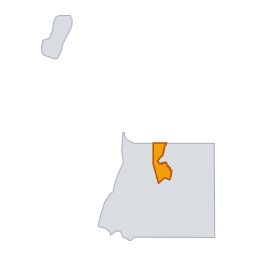 location of Nkimi, Centro Sur, Equatorial Guinea
{"feature_id": "11065452B74289865102960", "entity_name": "Nkimi", "entity_type": "district", "adm_level": 2, "iso_a3": "GNQ", "parent_name": "Equatorial Guinea", "parent_adm1": "Centro Sur", "projection": "equal_earth", "projection_center": [10.486, 1.923], "detail": "fine", "context": "in_parent", "style": "filled", "palette": "amber", "viewbox_px": 256, "rotation_deg": 0, "n_neighbors": 0, "source": "geoboundaries", "source_scale": "gbopen_adm2", "svg_char_len": 3502}
<svg xmlns="http://www.w3.org/2000/svg" viewBox="0 0 256 256"><path d="M214.3,143.4L214.3,162.1L214.4,177.8L214.5,194.9L214.6,212.7L214.6,227.7L214.7,237.5L202.4,237.4L186.2,237.3L169.9,237.3L153.7,237.2L145.5,237.1L136.5,237.1L133.6,237.6L131.7,240.1L129.3,240.6L126.5,238.5L123.1,237.5L122.2,235.4L120.5,231.4L117.2,231.0L115.5,231.4L113.1,233.7L110.4,234.9L110.9,233.0L105.5,228.2L101.7,227.7L98.1,226.2L101.0,213.6L104.6,202.4L110.0,193.9L112.9,191.9L113.8,187.7L118.0,173.9L123.3,162.7L121.7,151.4L122.9,132.4L124.5,132.9L124.7,134.7L125.1,137.4L127.1,139.7L133.6,143.4L153.2,143.4L164.9,143.4L182.1,143.4L200.4,143.4L214.3,143.4ZM59.4,15.4L60.8,15.7L69.8,15.4L72.2,19.6L71.9,25.9L62.7,44.2L61.0,51.9L57.4,58.4L54.3,58.9L43.7,55.1L42.0,52.8L41.3,49.6L42.4,42.3L43.1,40.1L48.2,38.7L49.9,37.6L52.6,29.7L53.5,22.6L55.8,17.2L59.4,15.4Z" fill="#d9dde1" stroke="#a8b0b8" stroke-width="1"/><path d="M166.1,162.9L166.0,163.0L165.9,163.0L165.7,163.0L165.7,162.9L165.6,162.6L165.5,162.3L165.4,162.3L165.2,162.5L164.9,162.5L164.8,162.4L164.7,162.3L164.3,162.6L164.2,162.6L164.0,162.8L163.9,162.7L163.7,162.7L163.4,162.6L163.0,163.0L162.9,163.0L162.7,163.1L162.6,163.3L162.5,163.2L162.4,163.2L162.2,163.1L161.9,163.0L161.7,163.2L161.6,163.4L161.6,163.5L161.5,163.4L161.4,163.3L161.2,163.2L160.9,163.2L160.8,163.3L160.7,163.4L160.5,163.6L160.5,163.8L160.4,163.8L160.2,163.8L159.9,163.9L159.8,163.7L159.7,163.7L159.6,163.4L159.4,163.2L159.0,162.9L158.8,162.8L158.6,162.7L158.4,162.5L158.4,162.4L158.4,162.2L158.3,161.9L158.2,161.8L157.9,161.7L157.3,161.3L157.5,161.0L157.7,160.8L157.8,160.7L158.3,160.0L158.5,159.7L158.8,159.4L159.1,159.1L159.1,158.9L159.3,158.8L159.3,158.6L159.6,158.3L159.8,158.2L160.0,157.9L160.2,157.6L160.3,157.4L160.5,157.3L160.5,157.2L160.8,157.0L160.9,156.9L161.0,156.8L161.1,156.7L161.3,156.5L161.4,156.4L161.5,156.3L161.7,156.2L161.8,156.1L162.0,156.1L162.1,155.9L162.2,155.7L162.3,155.5L162.5,155.5L162.6,155.4L162.7,155.1L162.7,154.9L162.6,154.7L162.7,154.4L162.7,154.2L162.8,154.1L163.1,154.0L163.2,153.9L163.2,153.7L163.1,153.3L163.1,153.2L163.1,152.9L163.1,152.7L163.3,152.6L163.4,152.4L163.5,152.2L163.4,152.1L163.4,151.9L163.4,151.6L163.5,151.4L163.5,151.2L163.8,151.1L164.0,151.0L164.1,148.3L164.5,147.9L164.6,147.2L164.6,146.5L164.7,146.0L164.9,145.6L165.3,145.2L165.7,144.8L166.2,144.1L166.4,143.6L166.5,143.5L166.5,143.0L153.2,143.0L153.2,164.0L158.5,183.2L164.6,177.7L164.7,177.8L169.5,179.8L169.6,179.7L169.7,179.4L169.8,179.3L169.8,179.1L169.9,178.9L170.0,178.7L170.2,178.1L170.4,177.6L170.5,177.5L170.6,177.4L170.6,177.1L170.7,176.9L170.7,176.7L170.8,176.3L170.9,176.1L171.0,175.9L171.0,175.6L171.1,175.3L171.2,175.0L171.0,174.3L171.0,174.2L171.0,173.9L171.2,173.7L171.3,173.6L171.4,173.2L171.2,173.0L171.2,172.9L171.3,172.7L171.3,172.2L171.3,171.8L171.4,171.6L171.5,171.4L171.7,171.2L171.8,170.9L171.9,170.7L171.7,170.4L171.4,170.4L171.2,170.3L170.9,170.3L170.7,170.5L170.4,170.5L170.4,170.3L170.2,170.1L170.0,169.9L170.1,169.7L170.0,169.4L170.0,168.9L170.0,168.7L170.1,168.4L170.3,168.1L170.2,167.7L169.9,167.6L169.7,167.6L169.5,167.8L169.4,167.9L169.2,167.7L168.9,167.7L168.7,167.6L168.6,167.4L168.6,167.1L168.5,166.8L168.5,166.6L168.3,166.7L168.3,166.4L168.2,166.5L168.1,166.4L167.9,166.4L167.7,166.2L167.6,165.9L167.4,165.9L167.3,165.7L167.2,165.6L167.0,165.4L167.0,165.2L166.9,165.0L166.9,164.6L166.9,164.3L166.9,164.2L166.9,163.8L166.8,163.6L166.7,163.4L166.5,163.2L166.4,163.1L166.2,163.0L166.1,162.9Z" fill="#f59e0b" stroke="#b45309" stroke-width="1.5"/></svg>